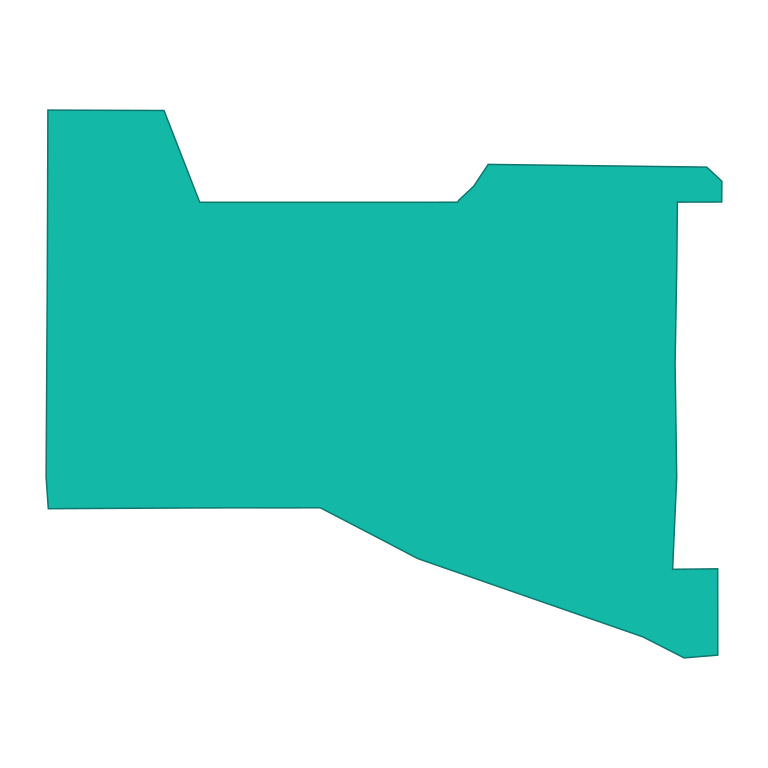 Valencia, New Mexico, United States of America (Natural Earth projection)
{"feature_id": "52423323B5948069523635", "entity_name": "Valencia", "entity_type": "district", "adm_level": 2, "iso_a3": "USA", "parent_name": "United States of America", "parent_adm1": "New Mexico", "projection": "natural_earth1", "projection_center": [-106.706, 34.697], "detail": "fine", "context": "isolated", "style": "filled", "palette": "teal", "viewbox_px": 768, "rotation_deg": 0, "n_neighbors": 0, "source": "geoboundaries", "source_scale": "gbopen_adm2", "svg_char_len": 524}
<svg xmlns="http://www.w3.org/2000/svg" viewBox="0 0 768 768"><path d="M721.7,202.0L721.9,181.5L719.4,178.9L706.6,167.1L488.2,164.4L473.8,186.1L459.1,200.0L457.6,202.2L419.8,202.3L199.8,202.3L199.3,201.2L164.0,110.5L47.9,110.1L47.3,279.1L46.1,477.1L48.3,508.7L203.2,507.9L320.3,507.8L392.8,545.5L413.7,556.5L413.9,556.6L418.0,558.7L591.7,619.1L642.9,636.9L684.1,657.9L717.8,655.1L717.7,568.8L672.6,569.3L676.7,477.6L675.1,363.2L676.8,264.9L677.4,202.1L721.7,202.0Z" fill="#14b8a6" stroke="#0f766e" stroke-width="1.5"/></svg>